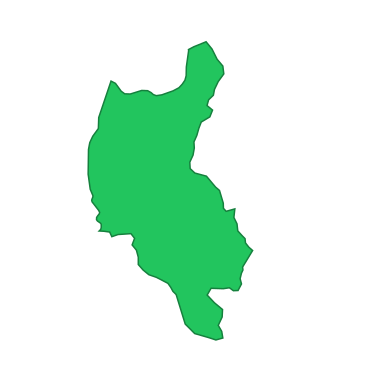 map outline of Kyustendil (Mercator projection), rotated 55°
{"feature_id": "BGR-2252", "entity_name": "Kyustendil", "entity_type": "Province", "adm_level": 1, "iso_a3": "BGR", "parent_name": "Bulgaria", "parent_adm1": "", "projection": "mercator", "projection_center": [22.877, 42.321], "detail": "fine", "context": "isolated", "style": "filled", "palette": "green", "viewbox_px": 384, "rotation_deg": 55, "n_neighbors": 0, "source": "natural_earth", "source_scale": "10m", "svg_char_len": 1587}
<svg xmlns="http://www.w3.org/2000/svg" viewBox="0 0 384 384"><g transform="rotate(55 192 192)"><path d="M54.7,194.7L59.1,192.4L68.8,192.2L73.0,190.8L76.3,186.4L80.0,174.9L83.6,170.2L87.1,168.5L90.0,167.8L92.6,166.0L95.1,161.0L98.3,149.5L99.1,142.9L98.1,138.2L96.4,133.7L93.4,130.1L86.3,124.9L74.3,113.7L73.3,113.2L74.1,107.0L77.0,94.3L86.3,93.6L97.7,95.3L106.5,94.5L113.5,98.2L116.6,107.2L120.9,114.8L125.0,119.0L126.0,125.5L129.8,130.1L136.7,128.2L140.7,134.3L140.0,144.3L143.7,149.8L148.5,155.7L152.1,161.7L157.3,164.9L162.4,170.0L166.3,176.7L171.8,180.1L178.1,178.8L187.3,171.1L201.4,169.9L206.5,168.6L219.1,172.8L223.4,175.6L227.4,175.1L230.4,166.6L236.9,172.3L243.9,173.4L250.1,176.8L256.5,176.0L260.6,175.3L264.4,177.4L269.8,177.1L274.7,175.9L282.5,193.6L285.1,195.0L286.9,198.1L290.6,202.3L295.7,204.2L299.1,210.8L296.6,214.7L291.9,216.3L289.1,221.9L281.8,231.6L285.1,238.7L295.5,237.2L305.8,234.4L311.7,239.0L316.3,247.0L323.2,247.6L329.3,250.5L326.9,257.3L320.9,261.8L309.5,271.0L296.3,273.3L266.9,263.8L262.5,264.6L258.0,264.1L253.0,264.1L241.5,270.1L235.0,274.8L227.9,276.8L220.6,277.6L214.6,273.4L207.7,270.9L201.0,271.4L197.0,265.6L191.1,265.9L184.4,277.0L182.6,283.3L177.6,282.4L173.7,286.6L170.7,290.4L170.3,288.2L169.0,286.7L166.4,284.9L165.1,284.8L161.5,286.1L159.9,286.1L158.1,284.7L157.3,282.6L156.7,280.5L155.7,279.3L153.3,279.0L142.8,279.5L141.2,278.9L140.2,277.6L139.3,276.2L138.3,275.3L131.4,273.8L120.1,268.0L117.9,266.9L97.8,252.4L93.0,247.5L92.2,246.2L89.4,241.3L86.3,232.3L77.5,225.7L54.7,194.7Z" fill="#22c55e" stroke="#15803d" stroke-width="1.5"/></g></svg>